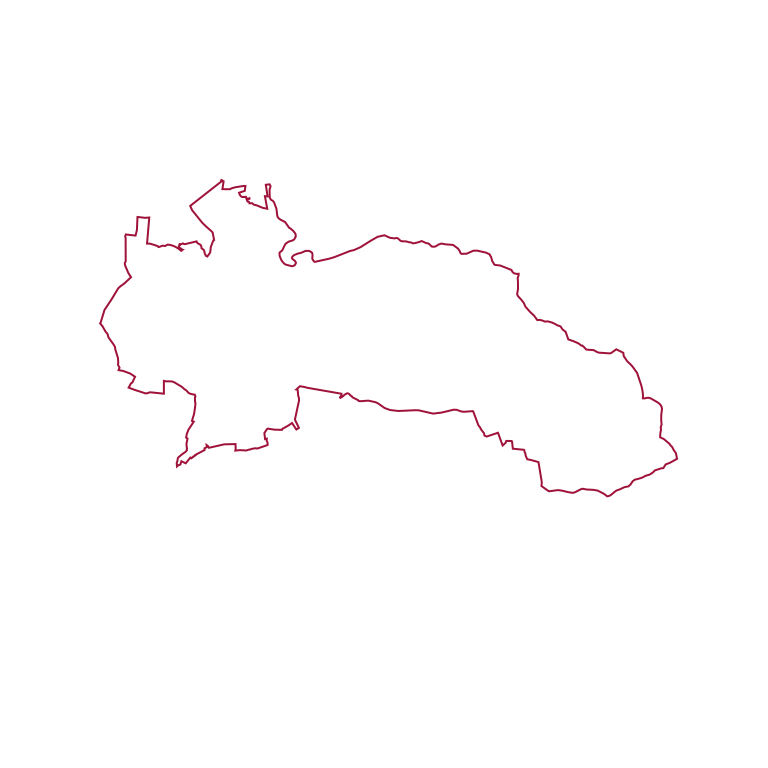 the district of Mica, Mures, Romania, rotated 295°
{"feature_id": "2599482B15916866483614", "entity_name": "Mica", "entity_type": "district", "adm_level": 2, "iso_a3": "ROU", "parent_name": "Romania", "parent_adm1": "Mures", "projection": "mercator", "projection_center": [24.41, 46.338], "detail": "fine", "context": "isolated", "style": "outline", "palette": "rose", "viewbox_px": 768, "rotation_deg": 295, "n_neighbors": 0, "source": "geoboundaries", "source_scale": "gbopen_adm2", "svg_char_len": 6154}
<svg xmlns="http://www.w3.org/2000/svg" viewBox="0 0 768 768"><g transform="rotate(295 384 384)"><path d="M515.3,197.6L516.6,195.9L514.6,192.7L504.8,199.2L503.9,196.7L493.5,204.1L492.4,199.7L492.1,193.0L491.6,190.9L491.6,189.9L492.1,188.1L490.9,185.7L491.7,185.2L492.0,184.3L491.7,183.2L493.7,181.1L493.9,182.5L494.3,183.2L495.1,183.8L495.5,183.5L494.7,182.8L494.2,181.8L494.4,180.8L495.3,179.7L493.8,177.1L493.5,176.0L493.7,174.9L494.5,173.4L496.1,171.8L500.2,176.2L504.9,174.7L504.3,173.3L499.9,166.7L497.4,163.6L495.4,162.0L492.3,155.2L499.8,153.0L499.5,152.1L500.2,151.7L500.1,149.6L499.4,151.3L463.5,133.1L460.4,136.7L453.3,151.2L451.6,156.1L449.4,163.5L448.8,164.7L442.7,169.2L442.0,168.7L441.4,168.7L435.1,169.1L429.7,170.9L424.9,170.0L424.9,168.5L426.7,166.2L428.0,165.4L429.4,164.0L429.9,161.3L431.5,160.3L432.6,158.9L432.8,155.6L433.6,154.1L434.0,153.8L426.7,144.6L426.3,143.6L426.5,142.6L426.3,142.2L425.1,141.2L424.5,139.7L424.0,139.6L423.6,140.3L422.1,139.8L421.0,141.3L420.9,142.9L420.5,143.0L420.6,144.7L419.5,143.9L418.5,144.6L419.2,143.6L420.0,139.0L420.2,135.7L419.8,131.9L418.9,129.0L416.5,127.2L415.9,125.0L412.9,122.0L412.9,121.4L413.3,120.8L413.0,117.1L412.2,112.2L411.1,109.9L435.7,100.9L433.7,97.4L431.2,90.0L419.1,95.0L413.5,96.1L410.4,86.8L408.3,87.1L407.2,88.1L385.9,98.1L384.3,97.9L383.2,98.4L381.4,99.9L376.4,105.6L373.9,109.6L365.7,106.3L361.3,103.9L358.5,102.7L345.5,101.3L333.0,99.4L319.4,101.3L319.0,101.1L317.4,104.4L313.8,109.5L312.4,112.4L309.8,114.6L305.7,121.9L304.2,124.2L301.4,126.2L295.1,131.9L291.3,134.0L289.0,134.8L287.0,137.4L284.4,137.6L285.6,142.1L286.2,149.5L285.4,155.3L279.0,155.3L277.5,154.4L272.8,154.1L273.3,160.4L274.7,171.8L275.5,173.3L277.2,174.9L277.9,176.2L282.2,188.6L293.8,183.2L294.2,185.1L296.7,190.6L296.9,193.3L296.0,201.8L295.0,205.2L294.7,207.4L293.3,210.8L293.3,212.6L294.0,216.1L294.4,217.0L293.1,218.3L291.8,218.4L288.1,220.2L287.0,221.2L283.5,222.5L276.2,224.6L269.4,225.5L269.5,227.5L260.2,226.1L255.4,226.4L251.8,227.3L251.5,229.0L246.5,230.2L243.8,231.6L242.5,232.7L241.4,232.8L240.7,233.4L238.8,232.9L235.0,230.7L230.7,228.7L229.6,228.5L227.0,229.3L225.1,229.4L221.8,231.2L223.5,232.0L225.0,233.5L228.4,233.0L228.3,237.8L235.5,239.6L235.3,240.9L237.5,241.7L237.5,242.1L239.9,242.9L239.8,243.4L241.1,243.8L248.3,249.3L249.9,248.5L251.7,250.0L252.8,249.6L253.7,249.0L253.4,250.6L252.2,252.3L261.8,264.7L266.8,274.8L262.7,276.9L260.8,277.4L263.1,281.2L265.6,287.4L267.3,289.1L268.0,290.4L269.1,291.2L271.6,294.9L271.9,296.4L279.0,303.8L279.7,304.3L281.9,303.0L283.3,301.4L284.9,300.9L283.8,299.5L289.0,296.3L293.6,297.0L294.4,297.4L296.3,303.9L299.3,310.9L300.3,310.8L306.1,315.0L309.8,317.1L305.7,323.8L308.3,325.4L314.1,318.3L333.0,314.0L335.1,313.0L337.4,311.0L342.1,308.3L342.3,308.0L342.0,306.9L346.5,308.8L347.7,313.3L348.2,316.2L357.2,349.6L355.4,350.2L353.4,349.7L353.0,350.3L354.8,351.6L357.8,352.9L360.0,354.5L360.3,355.5L360.2,356.7L359.4,358.5L359.4,359.7L358.6,361.0L358.4,367.5L357.9,368.4L358.7,370.4L362.3,376.8L363.9,383.8L364.0,386.1L362.5,394.7L363.0,400.6L365.7,408.6L373.5,423.5L374.8,426.5L377.9,441.0L382.6,448.5L390.1,457.9L391.3,460.7L391.8,465.8L392.6,468.2L396.9,475.9L396.9,476.4L386.5,487.0L385.2,489.5L383.7,491.4L381.6,495.5L379.7,496.9L379.8,499.3L388.0,507.9L378.4,517.5L382.2,519.1L384.1,518.9L386.2,523.6L386.2,524.1L385.4,524.7L379.8,528.1L383.5,538.6L383.3,539.1L381.5,540.5L380.9,541.4L378.8,542.8L376.3,545.7L377.2,549.0L378.5,557.0L362.9,567.7L360.8,568.9L358.1,569.8L356.8,576.5L356.5,578.9L361.4,586.6L362.6,590.5L363.8,596.5L365.0,600.8L366.3,602.6L372.4,607.4L373.0,608.3L374.1,612.5L376.5,618.3L377.7,622.7L377.4,630.1L376.5,633.8L378.1,635.7L379.3,636.5L384.9,639.2L386.1,640.1L387.8,641.9L392.2,645.6L394.5,648.8L397.2,649.9L401.1,650.5L403.6,652.0L404.6,653.5L406.9,656.1L408.4,657.7L411.2,659.7L414.1,663.0L417.1,664.9L420.1,666.0L424.7,670.8L425.8,672.7L430.2,673.3L433.4,676.4L440.0,681.2L444.6,677.9L446.6,674.5L448.8,671.6L449.6,669.2L450.4,668.2L451.9,662.7L452.4,660.7L452.4,656.8L456.0,655.3L459.6,654.4L461.7,653.1L464.6,652.7L468.2,650.6L473.0,648.4L478.9,646.5L480.4,645.4L481.6,644.0L482.5,642.1L483.0,639.7L483.7,631.7L483.4,629.9L482.6,628.1L481.1,626.3L480.4,624.7L483.3,623.5L487.6,620.8L491.1,618.1L501.0,608.7L504.7,602.1L506.0,599.1L507.4,594.8L510.6,589.5L513.4,587.7L513.6,579.9L508.0,576.7L507.2,575.8L503.2,565.4L503.0,563.7L503.3,559.7L500.9,553.4L500.8,552.4L502.1,549.4L502.6,547.3L502.3,546.9L502.3,546.0L502.9,543.8L503.0,542.1L502.9,537.9L502.3,532.2L508.1,526.5L508.8,523.0L510.7,519.8L510.8,518.4L510.4,516.5L510.7,513.9L510.7,510.2L510.1,506.7L509.8,505.5L508.6,503.6L508.4,500.2L507.9,498.0L506.7,495.9L509.4,491.1L511.0,486.1L513.9,479.4L516.6,476.4L518.4,472.8L520.2,468.4L521.6,466.7L526.7,465.3L533.5,462.1L536.4,460.4L539.6,460.0L540.8,459.4L539.9,457.9L539.3,455.2L539.8,453.2L541.2,451.3L540.5,439.2L539.0,434.8L538.9,434.0L539.0,433.2L539.9,432.2L541.1,430.2L544.6,427.2L545.3,425.7L546.1,425.1L546.2,421.0L544.2,411.9L542.5,408.6L537.0,403.8L534.7,399.2L534.9,398.1L536.7,396.1L538.0,393.9L539.1,388.5L539.1,387.4L536.7,381.1L535.5,376.6L533.3,374.4L530.7,372.8L529.5,371.3L528.8,369.3L528.8,368.9L529.6,366.9L530.1,365.0L529.5,362.2L529.5,357.8L526.9,355.1L524.6,352.3L523.7,350.8L523.7,348.4L523.1,347.0L522.6,343.8L520.8,339.6L520.9,338.0L521.8,335.3L521.8,334.3L521.5,333.4L520.4,332.0L519.0,327.5L519.0,321.6L514.8,316.1L508.5,311.6L498.1,304.9L492.6,300.1L490.3,297.1L478.0,285.4L474.5,281.5L465.4,269.6L465.6,268.4L467.2,266.1L471.0,264.6L472.6,263.3L473.0,260.9L472.9,259.8L471.9,257.4L471.1,256.3L467.9,253.5L465.8,250.8L463.0,248.2L461.3,247.3L459.6,247.1L458.7,248.0L457.9,251.3L457.0,252.7L456.1,253.1L454.0,252.9L452.8,252.0L451.8,250.7L450.7,244.5L450.8,243.1L452.2,239.7L453.6,237.8L456.0,235.3L458.5,233.9L459.4,234.0L462.0,235.3L468.7,235.4L470.0,235.8L472.6,237.3L475.6,240.6L477.1,241.5L480.3,241.7L482.2,240.7L483.0,239.8L484.5,236.8L485.4,233.5L485.5,232.0L489.0,225.9L489.2,220.7L489.7,218.4L490.3,217.2L491.6,216.0L497.3,212.5L500.8,209.0L502.1,207.6L502.9,206.2L503.3,203.5L504.8,201.6L511.6,198.2L515.3,197.6Z" fill="none" stroke="#9f1239" stroke-width="2"/></g></svg>